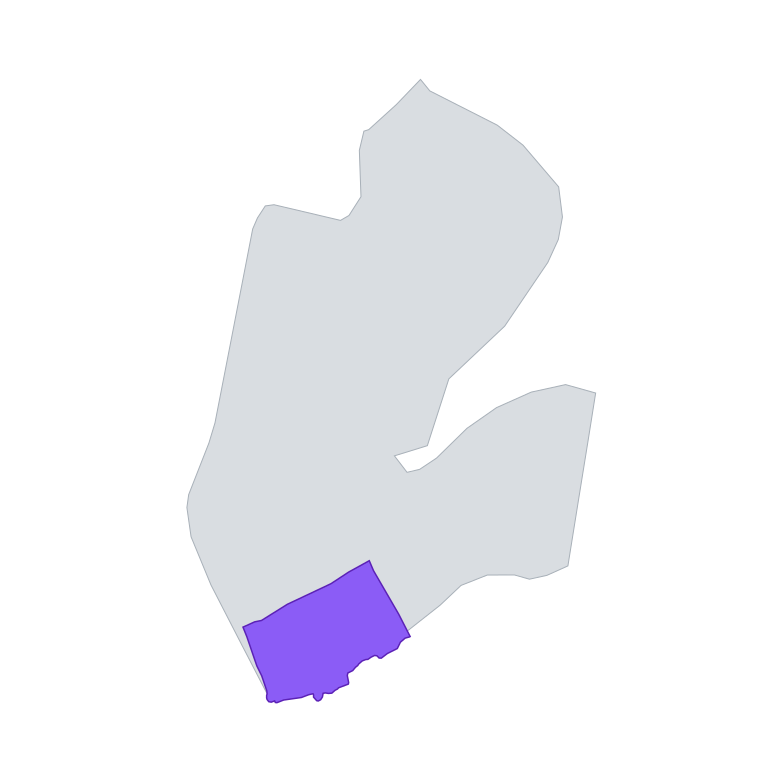 As Eyla, Dikhil, Djibouti (highlighted), rotated 337°
{"feature_id": "41766387B73347270872705", "entity_name": "As Eyla", "entity_type": "district", "adm_level": 2, "iso_a3": "DJI", "parent_name": "Djibouti", "parent_adm1": "Dikhil", "projection": "albers", "projection_center": [42.017, 11.095], "detail": "fine", "context": "in_parent", "style": "filled", "palette": "violet", "viewbox_px": 768, "rotation_deg": 337, "n_neighbors": 0, "source": "geoboundaries", "source_scale": "gbopen_adm2", "svg_char_len": 1745}
<svg xmlns="http://www.w3.org/2000/svg" viewBox="0 0 768 768"><g transform="rotate(337 384 384)"><path d="M575.3,475.0L550.4,514.8L518.5,565.5L482.2,623.3L459.3,623.8L441.6,620.5L429.4,610.7L404.4,600.2L376.2,599.5L349.3,609.5L303.8,621.9L262.6,626.0L229.5,632.9L202.0,641.0L177.3,636.6L155.8,629.3L151.1,568.0L146.2,501.4L146.7,449.3L154.3,420.7L161.0,409.5L199.8,369.9L213.2,353.8L257.5,288.2L295.4,232.0L323.7,190.0L332.4,181.7L344.3,173.7L352.8,176.0L407.9,216.4L417.6,215.2L436.0,202.6L452.6,159.3L464.3,143.4L469.3,143.9L504.6,131.6L536.6,117.9L540.7,132.1L589.4,190.0L605.3,218.5L621.8,270.8L613.5,300.0L600.9,319.1L582.3,336.1L517.7,377.9L445.7,404.6L399.8,457.7L365.5,454.2L370.7,474.3L383.5,476.5L403.5,472.7L443.1,457.2L478.4,449.7L516.4,449.0L550.9,455.5L575.3,475.0Z" fill="#d9dde1" stroke="#a8b0b8" stroke-width="1"/><path d="M159.2,552.7L159.0,563.1L157.2,588.0L156.8,594.0L157.4,604.9L156.2,620.7L155.3,623.7L154.4,624.6L154.3,624.8L153.3,627.1L153.1,628.8L153.8,631.4L155.9,632.8L159.5,633.0L159.5,633.6L159.5,634.7L160.9,635.5L168.2,635.7L181.3,639.2L185.5,640.3L193.3,640.6L197.6,641.4L197.7,642.6L196.8,644.7L198.3,649.2L199.6,650.1L202.3,649.9L205.0,648.1L207.1,644.9L208.2,645.2L209.2,645.4L211.9,647.1L215.2,648.2L219.3,646.8L222.1,646.6L223.4,645.9L233.9,646.3L234.8,645.0L236.3,638.0L237.3,636.6L237.8,635.9L243.2,635.6L247.1,633.6L249.8,632.9L251.2,631.9L255.8,630.4L259.5,630.5L261.6,631.2L265.4,630.4L269.2,630.2L271.2,631.3L271.7,632.4L272.4,634.3L274.4,635.3L281.8,633.4L292.9,632.7L298.2,628.1L304.1,626.2L305.1,626.3L308.8,626.8L309.4,626.7L307.6,601.6L301.4,551.7L301.4,540.9L278.0,543.3L257.1,547.1L209.0,549.0L178.8,553.8L172.0,552.4L159.2,552.7Z" fill="#8b5cf6" stroke="#5b21b6" stroke-width="1.5"/></g></svg>